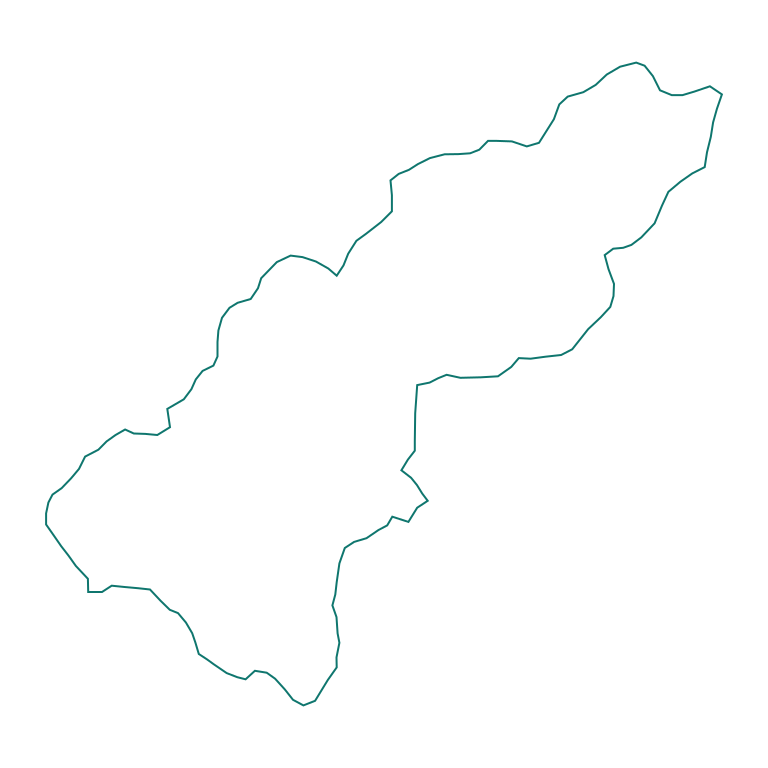 Cedral, São Paulo, Brazil
{"feature_id": "56859067B54870059140292", "entity_name": "Cedral", "entity_type": "district", "adm_level": 2, "iso_a3": "BRA", "parent_name": "Brazil", "parent_adm1": "São Paulo", "projection": "orthographic", "projection_center": [-49.264, -20.916], "detail": "fine", "context": "isolated", "style": "outline", "palette": "teal", "viewbox_px": 768, "rotation_deg": 0, "n_neighbors": 0, "source": "geoboundaries", "source_scale": "gbopen_adm2", "svg_char_len": 2101}
<svg xmlns="http://www.w3.org/2000/svg" viewBox="0 0 768 768"><path d="M46.1,524.5L54.7,536.8L61.2,546.2L68.5,555.6L75.9,566.0L87.9,578.8L88.2,592.0L102.0,592.0L111.7,585.7L124.6,587.0L138.0,588.2L150.0,589.5L160.6,600.8L169.8,609.8L178.0,613.1L185.9,622.5L192.2,633.2L195.4,642.6L198.8,654.0L206.9,659.3L213.8,664.3L226.7,673.1L237.3,677.2L245.6,679.3L254.9,670.8L266.7,672.7L275.1,678.7L284.8,689.4L293.0,699.8L303.4,705.4L315.1,700.8L327.8,680.0L336.7,667.4L336.5,657.4L339.4,642.8L337.6,633.4L336.5,617.1L332.4,605.4L335.3,594.5L336.7,582.2L339.4,563.4L344.8,548.0L354.1,541.9L366.5,538.2L378.5,530.0L387.2,525.4L392.3,516.7L408.4,521.9L417.2,507.7L427.7,500.8L422.2,493.5L417.0,485.1L411.1,477.8L401.4,470.3L407.9,459.6L414.8,450.7L414.8,441.3L415.2,413.3L417.2,385.1L429.6,382.6L438.2,378.2L446.6,374.8L460.4,377.8L481.0,377.3L498.0,376.3L511.3,366.9L518.8,358.1L530.6,358.7L545.5,356.7L561.1,355.0L572.2,349.3L588.2,329.1L600.8,317.2L610.3,306.9L613.5,296.1L614.0,283.9L608.5,269.1L604.7,255.1L613.2,248.7L623.2,247.8L631.4,244.9L641.3,237.4L654.6,223.3L662.0,205.6L668.4,191.8L680.3,181.8L692.3,173.4L704.7,167.1L707.0,152.3L710.8,136.9L713.1,122.4L716.9,108.9L721.9,94.4L709.9,86.3L694.3,91.6L682.6,95.1L671.7,95.1L660.0,90.3L652.9,76.1L644.6,65.7L636.2,62.6L620.1,66.7L606.8,74.5L595.7,84.9L583.3,92.2L567.7,96.6L559.3,104.4L553.9,119.2L539.0,142.8L526.8,146.4L511.9,141.4L497.2,140.9L488.0,140.9L479.3,149.7L470.1,153.3L458.5,154.1L444.6,154.3L429.9,158.1L417.9,164.1L409.0,169.8L398.7,173.9L390.5,180.4L391.9,195.2L391.9,211.3L381.2,222.0L365.9,233.9L356.4,240.8L348.2,253.7L343.5,265.4L336.7,275.7L328.3,268.5L315.9,261.5L302.5,257.1L290.6,255.6L276.8,262.1L267.7,271.5L261.2,278.2L258.0,288.2L250.7,299.0L237.6,302.8L229.5,307.8L222.0,317.8L218.4,330.5L217.5,342.0L217.5,356.5L213.4,365.6L202.6,370.9L195.8,379.4L191.4,389.2L183.8,399.3L167.3,408.9L170.0,427.2L157.3,435.0L145.3,433.9L133.8,433.5L125.1,429.5L115.4,435.1L106.6,441.4L98.4,449.7L85.1,456.6L79.0,468.9L71.1,478.3L61.7,488.1L52.5,494.6L48.4,502.5L46.1,513.4L46.1,524.5Z" fill="none" stroke="#0f766e" stroke-width="2"/></svg>